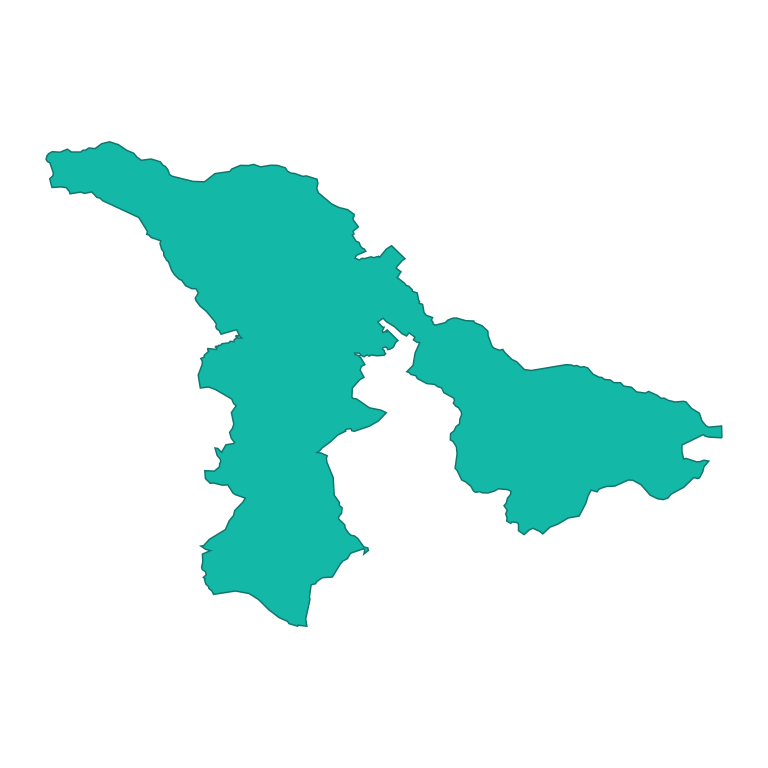 Cuzaplac, Salaj, Romania
{"feature_id": "2599482B68885954043244", "entity_name": "Cuzaplac", "entity_type": "district", "adm_level": 2, "iso_a3": "ROU", "parent_name": "Romania", "parent_adm1": "Salaj", "projection": "natural_earth1", "projection_center": [23.229, 46.944], "detail": "fine", "context": "isolated", "style": "filled", "palette": "teal", "viewbox_px": 768, "rotation_deg": 0, "n_neighbors": 0, "source": "geoboundaries", "source_scale": "gbopen_adm2", "svg_char_len": 6093}
<svg xmlns="http://www.w3.org/2000/svg" viewBox="0 0 768 768"><path d="M297.6,626.2L298.0,625.2L306.9,626.2L305.7,619.0L310.0,599.1L309.4,597.3L311.1,584.8L315.4,583.8L317.2,581.2L322.4,577.7L332.4,577.0L340.4,563.9L342.8,561.1L347.3,558.7L350.6,553.2L363.8,548.7L364.7,550.4L363.9,554.0L368.4,550.5L367.8,547.9L363.8,546.9L357.9,538.6L354.4,535.9L351.1,535.3L348.5,533.0L345.3,528.3L344.7,524.8L338.6,518.9L338.7,516.8L341.6,513.2L342.1,507.6L339.4,505.6L339.4,502.4L334.2,495.2L333.2,477.6L326.9,462.2L326.4,458.4L327.2,455.8L320.9,453.0L316.9,452.5L320.1,450.5L321.8,448.2L330.0,442.2L337.8,435.0L345.7,431.1L345.2,430.2L346.4,429.2L350.1,428.7L351.4,429.1L351.7,430.7L354.3,431.3L369.3,426.2L378.4,421.0L386.3,412.7L380.8,410.1L369.4,407.8L356.7,399.0L352.4,398.2L351.9,396.7L352.4,388.0L359.8,379.7L364.0,377.3L360.1,370.1L361.4,366.3L364.9,364.6L360.6,357.5L359.2,356.7L359.8,355.9L355.0,354.5L354.6,353.0L359.2,353.1L361.7,355.7L364.0,356.8L366.8,354.9L369.2,356.2L371.1,355.0L377.3,355.8L384.3,355.2L385.6,353.7L384.6,352.6L384.2,350.5L382.4,349.0L382.9,347.8L384.8,347.0L386.7,347.4L387.9,349.6L390.5,348.9L393.4,347.2L395.5,342.5L398.0,340.5L387.2,329.9L386.3,330.7L387.2,331.3L386.7,332.0L385.4,331.5L382.9,332.6L382.4,330.8L384.1,327.2L382.6,327.2L377.8,322.0L383.1,318.2L386.4,321.7L394.5,326.7L402.0,333.7L406.5,336.0L409.1,332.8L414.9,337.1L413.4,339.9L417.2,342.3L419.7,342.6L415.1,353.0L413.0,365.5L406.8,371.7L409.2,372.6L411.0,374.5L415.7,375.6L417.4,378.6L426.8,383.6L434.7,384.4L437.4,386.5L441.7,388.0L443.8,392.6L453.7,398.1L454.5,400.5L453.3,403.2L455.8,406.2L458.5,407.7L461.3,411.9L461.6,414.8L459.9,419.1L459.5,423.9L456.1,426.5L453.9,431.0L450.6,433.6L450.3,439.9L453.1,441.5L456.4,446.9L457.1,453.9L455.1,468.3L457.1,470.4L461.7,480.0L465.5,481.8L470.8,486.2L473.5,491.0L475.5,492.3L479.6,491.7L482.8,492.9L488.3,492.9L494.8,490.9L498.3,488.8L507.7,489.6L510.9,491.3L510.7,494.2L507.6,498.0L506.1,503.3L504.0,505.7L507.2,510.2L505.7,513.8L507.1,518.0L506.6,521.0L510.7,523.3L512.4,521.9L517.6,522.7L518.5,524.3L518.5,530.7L524.1,534.6L529.6,529.7L532.9,528.3L539.5,531.3L542.8,533.9L549.9,527.2L558.0,524.1L568.4,517.9L579.1,516.1L585.7,503.6L588.1,495.9L591.1,490.1L597.0,491.8L599.0,489.2L601.2,488.2L606.4,486.5L614.8,486.1L628.4,480.0L632.9,480.3L641.0,484.7L650.2,495.2L657.7,498.8L663.3,499.6L667.8,498.1L671.2,494.1L683.9,487.2L693.7,477.6L697.8,478.5L699.5,477.8L702.7,471.9L704.0,466.7L708.8,461.1L703.9,460.2L699.5,461.8L696.5,461.8L686.1,458.4L683.6,459.0L682.0,451.7L681.9,445.1L703.3,434.6L705.3,436.2L709.0,437.1L721.4,437.8L721.9,437.2L721.6,426.0L708.5,427.2L705.9,425.7L701.9,420.8L699.4,413.2L691.5,408.4L686.1,402.0L683.4,401.3L675.1,402.0L668.1,400.3L664.3,398.2L660.9,398.2L657.3,395.4L648.6,391.4L645.5,393.1L636.6,391.9L631.4,387.2L623.8,386.1L620.5,382.7L613.7,382.6L610.4,380.0L604.4,379.4L601.8,377.4L599.1,377.2L593.1,374.2L587.7,367.9L583.9,366.7L580.7,367.2L576.8,365.5L574.0,366.0L571.4,365.0L565.9,364.7L531.3,370.5L524.3,369.5L516.6,361.7L511.8,359.4L504.6,352.3L502.8,349.4L499.5,350.3L493.5,347.9L491.9,345.9L488.1,335.6L487.9,331.2L482.2,325.8L474.6,322.7L473.7,321.0L465.9,320.7L456.8,318.1L453.1,318.1L447.8,320.1L445.3,322.6L435.0,325.2L433.3,323.8L432.7,321.7L431.3,320.3L432.6,317.6L426.2,315.3L424.0,312.3L422.6,304.4L419.1,303.2L419.5,301.5L418.6,300.1L417.2,292.9L412.5,291.4L412.1,289.5L408.6,286.1L406.2,285.6L404.7,283.3L397.2,277.5L401.0,271.8L396.3,268.3L396.7,266.9L402.3,260.5L405.0,258.8L391.6,245.7L386.2,249.2L379.6,257.3L378.6,256.3L373.6,257.7L371.1,256.8L364.5,258.6L362.1,258.3L359.2,259.9L355.1,258.3L355.7,256.4L357.4,254.8L365.8,251.3L363.9,248.6L362.8,248.6L360.6,246.3L359.0,242.4L356.0,241.2L352.3,235.1L354.0,233.9L353.0,231.3L358.4,226.8L353.4,220.2L352.9,217.7L354.0,216.6L354.1,214.4L347.8,209.7L338.9,207.5L331.7,204.0L318.4,192.8L316.7,188.2L317.9,183.4L317.0,179.2L306.4,175.9L302.8,176.4L294.9,173.5L290.8,173.1L287.3,171.0L285.3,167.8L277.4,165.4L270.8,165.2L260.6,166.9L253.6,164.4L248.9,165.5L240.3,165.4L231.8,169.0L229.8,171.5L215.0,173.6L204.5,181.8L193.0,181.4L172.0,176.2L169.5,174.4L167.8,169.6L165.3,166.4L163.0,165.3L160.3,161.8L151.1,159.0L141.3,160.3L136.9,157.1L133.7,153.2L126.7,150.3L118.5,144.7L109.6,141.8L101.7,143.7L95.1,148.6L88.9,148.0L85.6,150.1L82.8,150.3L80.8,152.0L71.5,152.0L67.3,149.2L60.2,152.2L52.2,151.7L48.7,153.6L46.8,156.1L46.1,159.4L47.5,161.6L49.9,162.8L53.3,172.8L53.0,175.6L49.7,178.8L52.0,187.5L60.9,186.9L66.1,187.6L69.3,191.3L70.0,193.8L80.9,192.1L84.4,193.4L91.9,191.9L96.8,197.4L99.8,198.0L102.9,200.8L138.8,217.5L147.5,231.6L146.7,234.3L148.8,235.0L151.1,237.5L160.8,240.8L160.0,243.4L161.6,249.2L163.7,252.0L163.8,255.4L166.9,260.6L168.4,261.6L171.7,270.4L174.4,274.6L179.0,279.1L181.8,280.4L185.6,285.7L191.8,288.7L195.9,288.7L198.4,293.0L195.2,298.3L196.1,300.8L200.1,306.1L206.4,311.4L214.3,320.8L216.4,324.2L215.8,326.7L216.5,328.6L219.3,330.7L221.0,334.2L236.6,329.7L239.9,336.4L241.8,338.1L238.4,338.2L237.8,337.6L238.3,335.7L236.3,335.6L235.8,336.1L236.7,337.9L234.2,339.8L234.0,341.7L230.2,341.3L228.8,342.9L222.0,343.7L220.6,345.3L218.4,345.4L217.8,346.7L216.1,346.1L215.4,347.1L216.6,347.9L216.5,349.5L207.9,348.5L207.6,349.6L208.6,351.3L204.2,355.3L204.3,357.1L200.8,358.5L202.3,361.1L202.2,364.5L198.2,375.0L200.3,388.0L208.6,387.0L215.2,389.4L231.7,399.0L233.7,403.7L236.2,405.7L231.4,412.6L233.8,424.1L232.3,428.6L229.6,432.4L231.3,438.3L234.6,442.7L233.8,443.5L225.9,444.8L221.5,452.4L217.9,448.5L215.0,448.0L217.2,455.5L220.3,459.1L220.8,462.0L219.7,463.3L219.5,466.8L214.4,471.1L204.8,470.7L205.4,478.6L210.3,483.3L213.4,483.0L222.5,485.2L227.8,484.9L232.9,492.9L235.2,494.6L245.3,498.1L242.9,502.1L234.7,510.6L233.5,515.6L229.2,520.8L225.4,529.6L209.4,539.3L203.6,545.7L200.9,546.1L205.6,549.3L210.5,550.6L202.4,554.1L202.8,561.9L201.6,567.1L202.2,569.5L205.4,571.6L206.3,574.7L203.3,577.4L205.0,578.6L204.5,579.3L205.8,584.0L208.5,586.6L209.0,588.6L211.9,590.9L213.6,594.4L235.4,591.0L249.0,593.5L258.5,599.5L269.0,609.9L279.1,617.6L287.6,621.4L288.9,623.6L297.6,626.2Z" fill="#14b8a6" stroke="#0f766e" stroke-width="1.5"/></svg>